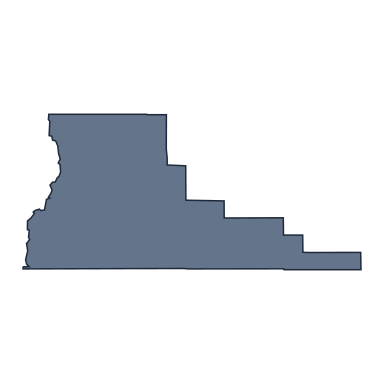 the district of Deschutes, Oregon, United States of America
{"feature_id": "52423323B1877427003284", "entity_name": "Deschutes", "entity_type": "district", "adm_level": 2, "iso_a3": "USA", "parent_name": "United States of America", "parent_adm1": "Oregon", "projection": "robinson", "projection_center": [-121.474, 44.002], "detail": "fine", "context": "isolated", "style": "filled", "palette": "slate", "viewbox_px": 384, "rotation_deg": 0, "n_neighbors": 0, "source": "geoboundaries", "source_scale": "gbopen_adm2", "svg_char_len": 893}
<svg xmlns="http://www.w3.org/2000/svg" viewBox="0 0 384 384"><path d="M166.4,114.7L147.3,114.7L146.9,114.3L48.8,114.3L48.4,119.5L49.8,121.3L49.1,135.6L51.8,136.2L52.6,140.2L55.6,140.8L57.8,146.0L58.6,153.7L60.2,159.1L58.2,163.0L60.0,164.6L60.6,172.2L58.9,176.5L57.4,177.5L55.2,182.0L52.5,182.2L50.0,185.1L52.1,190.1L50.9,193.5L48.4,197.1L49.8,198.1L46.5,199.3L44.5,209.9L40.9,210.6L39.3,209.1L35.1,210.5L33.2,212.1L34.3,213.5L31.1,217.9L27.5,220.9L27.4,229.7L29.3,230.2L28.5,237.2L29.6,239.4L27.5,242.5L26.5,243.4L27.7,250.8L25.6,259.7L26.6,264.1L29.1,266.6L23.3,266.8L23.0,268.9L130.5,268.6L183.7,268.5L188.4,268.9L283.7,268.8L284.0,269.7L361.0,269.7L360.7,252.4L309.3,252.5L302.9,252.3L302.7,235.1L283.5,235.1L283.3,217.8L224.2,218.0L224.1,200.9L185.9,200.2L185.7,165.8L167.2,165.0L167.2,158.3L166.3,149.0L166.3,140.3L166.4,114.7Z" fill="#64748b" stroke="#1e293b" stroke-width="1.5"/></svg>